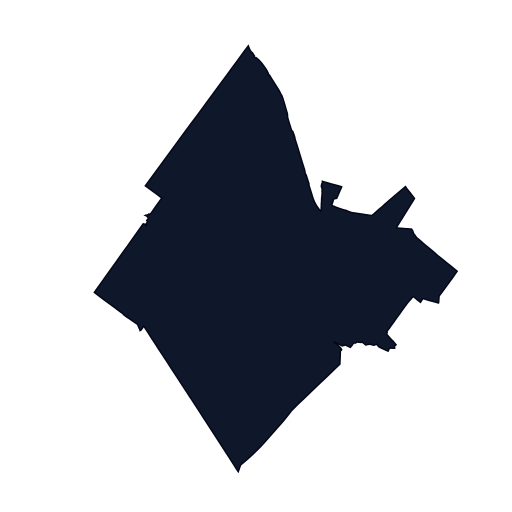 Daudzeses pag., Jaunjelgavas, Latvia, rotated 48°
{"feature_id": "27541924B85634825101780", "entity_name": "Daudzeses pag.", "entity_type": "district", "adm_level": 2, "iso_a3": "LVA", "parent_name": "Latvia", "parent_adm1": "Jaunjelgavas", "projection": "orthographic", "projection_center": [25.199, 56.482], "detail": "fine", "context": "isolated", "style": "filled", "palette": "ink", "viewbox_px": 512, "rotation_deg": 48, "n_neighbors": 0, "source": "geoboundaries", "source_scale": "gbopen_adm2", "svg_char_len": 5807}
<svg xmlns="http://www.w3.org/2000/svg" viewBox="0 0 512 512"><g transform="rotate(48 256 256)"><path d="M211.3,393.6L215.8,392.7L216.5,392.4L220.8,391.4L227.5,389.8L229.3,390.4L233.4,391.8L233.8,392.0L233.8,391.9L234.1,391.2L233.7,389.0L232.9,386.3L236.8,386.9L241.3,387.6L247.0,388.6L252.5,389.4L258.9,390.5L265.0,391.4L265.3,391.4L270.1,392.2L273.8,392.7L279.6,393.7L286.6,394.8L292.7,395.7L299.5,396.8L304.8,397.6L308.4,398.2L309.4,398.3L317.9,399.7L318.4,399.7L327.2,401.1L334.2,402.2L340.9,403.3L346.6,404.2L353.5,405.3L359.8,406.3L366.1,407.3L374.7,408.7L381.6,409.8L388.0,410.8L393.9,411.8L398.8,412.6L399.6,412.8L403.5,413.4L404.4,413.5L401.0,407.3L401.2,402.3L401.3,395.1L401.2,389.3L400.8,380.9L400.8,380.1L400.8,379.9L400.6,379.7L400.6,378.6L400.3,375.3L399.3,366.6L398.3,358.0L397.9,354.7L397.5,350.8L396.9,345.7L395.5,337.4L394.7,332.9L394.2,323.7L394.0,314.8L393.6,303.4L393.3,293.4L393.2,288.0L393.0,281.1L392.7,273.4L392.5,266.0L388.6,262.2L383.0,256.8L383.1,255.8L382.9,255.0L380.8,254.6L378.5,254.8L371.6,255.6L375.0,254.2L380.5,252.1L380.9,251.3L382.0,249.1L383.6,248.5L384.4,248.1L386.2,247.4L387.0,247.1L386.6,244.0L386.3,243.0L385.8,241.7L387.2,240.5L387.5,238.7L387.4,238.6L388.7,237.4L389.4,236.8L389.8,236.4L390.2,236.1L390.5,235.8L390.8,235.4L390.9,235.2L390.9,234.7L392.3,234.5L393.4,234.3L394.8,234.1L395.6,234.0L395.7,233.8L395.8,233.7L395.9,233.4L396.2,232.8L396.5,232.2L397.0,231.5L397.3,231.1L397.8,230.5L398.0,230.2L398.8,229.7L399.6,229.2L400.3,228.7L400.9,228.3L401.1,228.2L401.3,228.0L401.4,227.7L401.5,227.3L401.8,226.5L402.0,226.2L402.2,225.5L402.2,225.4L405.6,225.5L407.8,224.7L408.1,224.6L408.7,224.3L413.1,222.4L415.1,221.5L414.1,219.3L414.1,219.0L413.9,218.3L417.3,214.7L415.7,213.4L415.7,211.3L410.5,211.1L410.5,211.3L405.5,211.3L401.6,211.2L400.8,210.1L400.7,209.7L399.8,209.5L399.2,207.0L398.9,205.1L398.4,203.1L398.1,201.9L397.9,200.7L397.4,198.4L397.1,196.8L397.0,196.7L396.9,196.4L396.5,194.6L396.5,194.4L396.4,194.3L396.0,192.3L395.1,187.8L394.7,186.1L394.5,185.3L394.2,184.0L393.3,179.8L392.3,174.8L391.9,171.7L391.7,170.0L391.3,167.0L391.2,166.3L391.9,166.1L392.7,166.0L393.9,165.8L394.2,165.7L394.7,165.7L395.2,165.6L395.5,165.6L397.1,165.4L397.9,165.2L399.2,165.0L400.5,164.8L400.5,164.7L400.1,163.4L399.9,162.7L399.3,160.4L400.3,159.8L404.9,157.1L409.7,153.9L413.0,151.9L413.0,151.6L412.3,150.9L409.3,147.8L408.4,146.9L407.9,144.9L407.4,142.1L406.6,138.3L406.1,135.9L405.8,134.5L405.0,130.6L404.6,128.7L404.4,128.2L404.2,126.7L403.8,124.8L403.6,124.1L403.6,123.8L403.5,123.5L402.7,120.2L401.9,116.7L394.5,117.8L390.4,118.5L389.5,118.7L387.4,119.0L382.7,119.7L382.0,119.8L377.2,120.7L373.0,121.1L370.0,121.5L366.5,122.0L364.6,122.3L361.6,122.8L358.6,123.2L355.6,123.5L352.7,123.9L349.8,124.3L346.9,124.0L345.0,123.9L342.0,122.7L341.8,122.6L341.6,122.6L340.1,122.4L336.9,125.4L334.6,127.7L334.1,128.1L331.5,130.6L330.7,131.3L329.0,133.0L328.5,131.6L328.4,131.2L327.7,128.7L327.0,126.5L326.1,123.1L325.8,122.0L325.3,120.5L323.9,115.6L323.0,112.5L322.6,111.1L322.2,109.7L320.1,102.3L320.0,102.1L319.3,99.7L317.0,99.5L311.9,99.1L311.4,99.1L309.3,99.0L307.3,98.9L306.4,98.8L304.7,98.5L304.4,98.5L304.4,100.3L304.3,103.5L304.2,106.3L304.0,111.9L303.9,116.9L303.8,118.7L303.8,122.0L303.7,125.3L303.8,129.4L303.6,132.9L303.6,133.8L303.6,134.8L303.6,136.1L303.6,137.4L303.6,139.7L303.6,140.6L303.5,141.0L303.5,141.4L303.5,142.8L301.4,144.6L298.1,147.3L295.5,149.4L292.5,151.9L292.3,152.1L291.6,152.6L287.8,155.8L284.7,157.5L282.4,158.5L282.5,158.6L282.4,158.7L279.6,160.4L275.7,162.6L271.5,164.8L271.4,164.7L271.0,165.2L270.3,165.4L268.9,165.4L268.5,165.3L268.5,165.2L267.0,162.3L265.5,160.3L267.1,157.5L266.1,155.1L265.0,152.8L263.8,150.2L262.7,147.6L261.9,146.0L259.7,147.3L252.2,152.2L249.5,153.8L249.2,154.0L245.8,156.2L244.9,156.7L245.5,157.2L246.0,157.8L246.4,158.8L247.7,160.7L250.7,162.2L251.1,162.6L251.7,163.3L251.8,163.2L252.6,164.0L253.3,164.6L254.9,166.2L255.5,166.9L256.4,167.8L256.6,168.2L257.0,168.5L257.7,169.3L258.3,169.8L259.7,171.2L260.3,171.8L260.8,172.3L261.1,172.7L261.5,173.1L262.3,173.7L262.7,174.1L262.9,174.3L263.1,174.6L263.4,174.9L263.9,175.3L264.3,175.7L264.7,176.1L265.0,176.3L264.9,176.3L265.2,177.1L265.2,177.3L265.2,177.5L265.3,177.6L265.7,178.0L264.8,178.0L263.8,177.9L262.1,177.7L260.3,177.5L258.4,177.2L254.8,176.3L251.5,175.1L244.8,172.0L238.0,168.9L238.0,168.4L233.3,166.3L229.6,164.6L229.5,165.0L227.0,163.8L224.5,162.2L221.8,161.0L217.0,158.8L209.1,155.1L204.2,152.8L199.4,150.6L193.6,148.0L193.8,147.8L191.0,146.5L187.8,145.3L186.4,145.5L178.8,142.0L174.4,139.9L171.2,137.4L166.9,135.4L162.9,133.4L156.5,130.4L153.9,129.4L153.8,129.6L150.8,128.7L148.9,128.2L146.3,127.7L143.7,127.3L138.1,126.3L135.6,125.9L130.9,125.0L130.8,125.6L128.7,124.8L128.5,124.6L126.9,124.3L126.4,124.0L123.9,123.5L119.7,123.0L116.5,122.7L112.3,122.7L108.8,123.2L108.7,124.0L106.5,123.9L106.4,123.3L102.6,122.7L102.6,123.1L101.5,123.0L99.2,122.7L97.3,122.1L94.7,121.1L95.9,127.5L96.7,131.1L98.5,139.6L100.2,148.1L102.0,156.5L103.7,164.9L105.4,173.3L107.2,181.8L108.9,190.2L110.7,198.6L112.4,207.0L114.0,215.3L115.5,222.7L117.1,230.4L119.0,239.4L120.8,248.0L122.6,256.7L124.4,265.3L126.2,274.0L128.0,282.6L129.8,291.3L136.9,289.8L144.0,288.3L149.9,287.3L151.8,296.1L153.5,303.3L153.6,303.7L153.7,303.9L154.0,305.7L153.8,307.3L153.3,307.5L153.1,307.6L153.3,308.1L152.4,310.0L152.0,310.4L151.9,310.7L151.8,311.1L152.3,310.8L152.8,310.6L153.3,310.5L156.1,310.6L156.4,313.4L157.6,313.3L158.7,316.1L160.3,316.8L159.9,317.2L158.4,317.0L156.6,318.3L158.5,326.8L160.4,335.2L162.3,343.6L162.4,343.9L163.6,349.7L165.2,357.0L166.9,364.4L168.8,373.1L170.7,381.7L172.5,389.7L174.1,397.1L174.9,400.5L182.9,399.0L188.1,398.0L193.8,396.8L199.5,395.6L205.2,394.5L210.9,393.3L210.9,393.6L211.3,393.6Z" fill="#0f172a" stroke="#020617" stroke-width="1.5"/></g></svg>